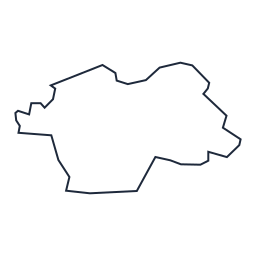 Yirol West, Lakes, South Sudan
{"feature_id": "79223893B91549387440575", "entity_name": "Yirol West", "entity_type": "district", "adm_level": 2, "iso_a3": "SSD", "parent_name": "South Sudan", "parent_adm1": "Lakes", "projection": "albers", "projection_center": [30.461, 6.386], "detail": "fine", "context": "isolated", "style": "outline", "palette": "slate", "viewbox_px": 256, "rotation_deg": 0, "n_neighbors": 0, "source": "geoboundaries", "source_scale": "gbopen_adm2", "svg_char_len": 588}
<svg xmlns="http://www.w3.org/2000/svg" viewBox="0 0 256 256"><path d="M155.4,157.0L170.3,160.3L180.9,164.3L200.4,164.7L208.3,160.7L208.3,151.8L226.9,157.1L239.3,145.1L240.6,139.3L222.9,127.7L226.5,115.7L203.4,93.9L207.8,88.5L209.2,82.8L192.3,65.4L180.4,62.7L159.6,67.6L145.9,80.1L127.8,84.1L116.7,80.6L115.4,73.0L102.5,65.0L50.8,85.4L55.2,88.6L53.0,99.2L44.6,107.7L40.6,103.2L31.3,103.2L29.1,114.4L18.0,110.8L15.4,113.0L16.2,120.4L19.8,125.9L18.5,132.8L51.3,135.3L58.4,160.0L69.4,177.0L66.1,190.7L89.9,193.3L136.8,191.0L155.4,157.0Z" fill="none" stroke="#1e293b" stroke-width="2"/></svg>